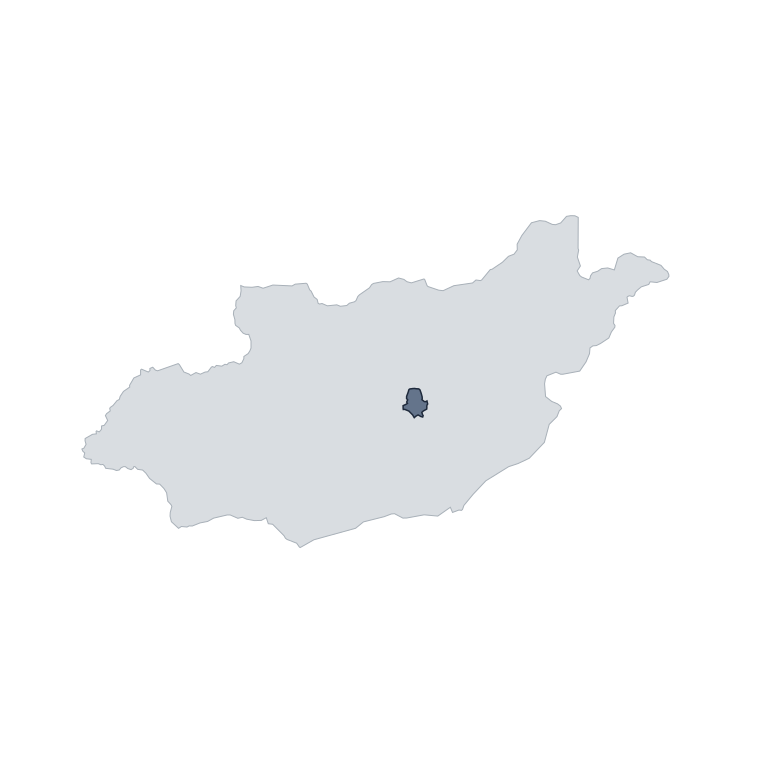 Erdenedalai, Dundgovi, Mongolia shown in context, rotated 337°
{"feature_id": "93677404B12047368339882", "entity_name": "Erdenedalai", "entity_type": "district", "adm_level": 2, "iso_a3": "MNG", "parent_name": "Mongolia", "parent_adm1": "Dundgovi", "projection": "mercator", "projection_center": [104.982, 46.023], "detail": "fine", "context": "in_parent", "style": "filled", "palette": "slate", "viewbox_px": 768, "rotation_deg": 337, "n_neighbors": 0, "source": "geoboundaries", "source_scale": "gbopen_adm2", "svg_char_len": 4449}
<svg xmlns="http://www.w3.org/2000/svg" viewBox="0 0 768 768"><g transform="rotate(337 384 384)"><path d="M80.5,325.8L82.7,325.8L86.2,323.1L86.6,319.5L87.6,317.4L96.0,316.4L99.8,317.5L100.4,315.2L101.1,314.8L103.1,316.8L105.0,316.0L106.4,315.1L107.6,312.3L110.4,312.7L115.4,309.6L115.2,304.2L117.1,302.9L121.5,301.8L122.0,299.3L122.9,298.6L126.2,297.9L131.7,295.0L134.3,294.8L136.3,292.3L141.3,289.0L148.7,287.5L149.3,285.8L156.1,280.7L163.5,280.5L165.4,276.0L166.6,275.6L171.7,280.9L173.8,280.2L174.6,278.2L177.7,278.2L179.0,281.9L180.8,283.4L202.5,284.8L203.2,286.2L204.5,294.8L208.5,298.7L209.4,300.6L215.4,300.0L218.8,303.2L224.0,303.1L226.6,303.9L231.7,301.0L232.9,300.9L234.5,302.5L236.9,301.4L241.7,304.2L245.3,303.7L247.0,304.9L249.2,303.9L254.4,304.8L258.6,309.2L261.5,308.9L264.9,305.9L265.8,303.9L270.9,302.9L273.7,300.9L275.6,299.0L278.4,292.4L278.9,285.5L276.4,284.5L274.2,282.2L272.9,278.5L272.7,275.9L270.3,272.0L270.5,270.0L271.9,266.5L272.6,261.0L274.3,257.9L277.8,256.2L278.1,254.0L280.3,249.7L285.8,247.2L288.8,242.4L290.6,237.4L293.2,240.0L300.3,243.4L306.2,245.0L310.1,248.6L320.4,249.5L337.7,257.8L341.3,257.4L351.6,260.8L352.4,262.0L352.4,268.3L353.2,270.0L353.6,276.6L355.5,280.0L354.9,284.0L355.9,285.2L358.4,285.7L362.4,289.9L371.5,292.7L374.2,295.4L380.4,297.2L383.7,296.1L388.9,296.8L390.8,296.3L394.1,293.2L396.2,292.3L408.2,289.8L411.4,287.7L413.6,287.3L423.0,289.3L429.5,292.3L438.8,292.1L443.2,295.5L445.1,298.8L448.7,301.6L461.7,302.9L462.3,303.5L462.1,310.4L462.6,311.5L471.0,319.0L474.9,321.2L486.7,320.8L505.0,325.6L509.3,324.2L513.2,326.5L514.6,326.4L526.5,320.2L528.3,320.6L540.6,318.2L548.5,315.1L554.4,315.3L559.1,312.6L561.2,307.3L569.0,301.1L582.7,293.2L591.1,294.4L596.1,297.2L601.2,302.8L604.1,304.4L609.6,304.8L617.5,301.0L621.6,302.0L625.4,303.7L627.9,306.5L615.6,335.1L615.5,336.8L611.6,342.7L610.9,352.1L606.0,355.4L606.6,360.7L607.7,362.7L613.0,368.0L614.9,367.3L616.4,365.1L619.4,363.2L624.7,363.7L629.4,362.8L635.3,364.6L640.6,369.0L648.5,359.5L655.7,358.3L662.3,359.6L667.3,366.0L673.4,368.9L674.9,372.5L677.4,374.0L678.0,375.8L685.3,383.0L686.8,387.8L688.9,391.2L688.9,394.6L688.3,396.3L685.3,398.1L674.9,397.2L668.9,393.9L666.6,395.8L658.8,395.1L654.2,396.5L651.2,397.8L649.4,400.0L648.0,400.6L646.7,400.4L644.3,398.6L642.2,398.7L641.6,399.1L640.3,404.9L633.5,404.9L631.3,404.1L625.6,406.8L624.8,409.1L621.8,412.1L619.0,417.9L619.5,420.3L618.7,421.9L613.7,424.9L608.9,429.5L599.1,431.3L594.5,431.6L591.1,430.5L587.7,431.3L585.0,436.4L578.6,442.6L569.2,448.6L552.5,444.9L550.4,444.0L546.9,440.3L537.2,440.1L534.4,442.6L531.9,446.5L527.8,458.7L531.6,465.6L536.0,470.1L537.8,473.3L537.8,476.0L534.8,477.2L530.5,481.6L520.3,485.7L508.8,500.4L488.7,509.1L476.3,509.6L466.5,508.8L439.9,512.9L422.8,520.4L410.1,527.0L407.3,530.1L406.0,530.6L403.7,529.3L396.9,529.0L396.9,523.4L381.9,526.6L369.8,520.1L352.4,516.2L349.0,514.8L343.0,507.5L339.9,506.5L332.3,506.2L311.2,502.9L301.5,505.7L258.6,500.0L243.0,501.8L242.4,501.1L241.4,496.4L234.0,489.2L233.0,487.4L232.7,484.6L226.7,469.6L222.9,467.4L223.4,461.1L217.7,461.6L211.3,459.1L204.7,454.7L201.5,451.3L197.0,450.5L191.3,444.5L188.6,443.3L174.8,440.9L167.9,441.6L160.4,440.0L152.0,439.8L149.2,438.5L146.8,438.7L141.8,436.0L138.5,436.6L134.5,427.7L135.4,422.1L137.0,418.8L140.9,413.8L140.8,411.9L139.2,407.4L141.4,399.2L140.6,394.2L138.4,388.5L135.5,387.1L131.3,379.3L130.0,373.1L128.2,368.9L123.9,366.3L122.4,362.6L121.1,362.4L120.2,363.6L117.7,364.0L115.1,361.7L113.6,359.0L112.0,358.3L109.2,358.4L106.7,359.7L103.9,359.1L101.4,356.6L94.9,352.9L94.7,350.1L93.8,348.2L91.8,347.7L89.9,345.7L83.6,343.3L83.5,341.9L85.1,339.0L80.8,336.5L79.1,333.9L81.6,330.5L80.5,328.2L80.5,325.8Z" fill="#d9dde1" stroke="#a8b0b8" stroke-width="1"/><path d="M414.1,402.1L411.5,400.8L410.7,400.2L408.9,399.5L406.7,398.9L406.2,398.7L405.3,398.7L404.4,399.2L403.8,400.1L402.3,401.8L400.0,404.2L399.1,406.2L399.6,407.9L399.2,408.2L397.8,409.5L398.0,411.0L396.3,411.3L393.1,411.4L392.1,413.9L391.8,415.0L393.1,415.4L395.2,417.5L396.3,418.6L398.3,423.7L398.4,424.4L398.5,425.5L398.7,426.8L400.7,426.1L402.8,425.8L403.4,425.9L405.1,428.2L406.7,429.5L407.7,428.4L407.5,427.3L407.7,424.9L407.9,424.8L410.0,424.1L410.6,424.1L413.5,423.8L414.2,422.5L414.5,421.6L415.3,420.2L416.4,419.5L416.9,416.4L415.6,416.6L414.2,415.9L413.8,415.1L412.8,413.3L413.5,412.4L414.1,410.7L414.4,408.5L414.6,407.1L414.8,403.5L414.1,402.1Z" fill="#64748b" stroke="#1e293b" stroke-width="1.5"/></g></svg>